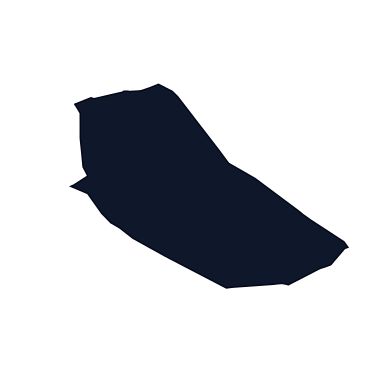 Magdalena Yodocono de Porfirio Díaz, Oaxaca, Mexico (Natural Earth projection), rotated 235°
{"feature_id": "50627088B61785293136981", "entity_name": "Magdalena Yodocono de Porfirio Díaz", "entity_type": "district", "adm_level": 2, "iso_a3": "MEX", "parent_name": "Mexico", "parent_adm1": "Oaxaca", "projection": "natural_earth1", "projection_center": [-97.387, 17.378], "detail": "fine", "context": "isolated", "style": "filled", "palette": "ink", "viewbox_px": 384, "rotation_deg": 235, "n_neighbors": 0, "source": "geoboundaries", "source_scale": "gbopen_adm2", "svg_char_len": 1106}
<svg xmlns="http://www.w3.org/2000/svg" viewBox="0 0 384 384"><g transform="rotate(235 192 192)"><path d="M266.1,96.0L250.6,105.7L226.5,105.8L213.4,107.9L204.1,112.2L188.0,117.1L154.4,133.5L93.7,165.1L90.7,170.8L69.9,205.5L67.1,210.7L65.4,213.4L64.0,214.8L62.7,216.1L60.7,217.8L60.6,218.9L56.6,248.6L56.2,251.4L55.8,253.7L55.3,255.2L54.3,258.2L54.2,258.8L52.9,263.6L53.0,264.8L54.2,269.0L56.2,277.0L58.2,284.6L57.3,288.0L64.0,287.9L100.9,273.1L110.2,269.8L111.7,269.5L115.6,268.3L166.8,251.4L190.3,240.4L192.5,239.3L194.7,238.4L210.3,238.0L249.4,236.2L278.4,234.9L279.5,234.7L285.8,233.5L299.4,226.3L300.0,223.8L301.5,217.4L302.5,213.9L303.4,210.7L304.1,208.6L304.7,207.3L304.7,207.2L310.8,197.4L311.2,197.5L311.4,197.2L313.1,194.7L313.8,193.5L313.6,193.2L313.4,192.8L316.8,184.5L323.6,167.6L323.8,167.1L324.6,165.2L327.1,163.3L331.1,146.4L330.7,146.2L329.3,146.3L327.3,146.2L320.7,145.7L310.6,138.7L302.6,133.1L300.5,131.6L299.5,131.0L290.2,125.8L289.6,125.5L275.0,117.2L266.0,116.0L265.1,115.9L264.9,115.6L264.9,113.8L265.5,99.1L266.1,96.0Z" fill="#0f172a" stroke="#020617" stroke-width="1.5"/></g></svg>